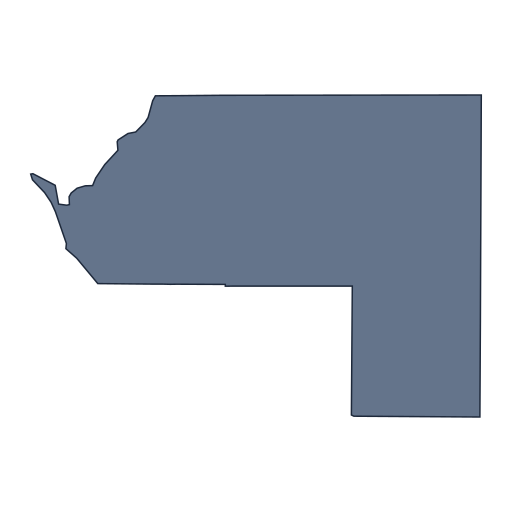 Manatee, Florida, United States of America
{"feature_id": "52423323B9469904891992", "entity_name": "Manatee", "entity_type": "district", "adm_level": 2, "iso_a3": "USA", "parent_name": "United States of America", "parent_adm1": "Florida", "projection": "mercator", "projection_center": [-82.543, 27.427], "detail": "fine", "context": "isolated", "style": "filled", "palette": "slate", "viewbox_px": 512, "rotation_deg": 0, "n_neighbors": 0, "source": "geoboundaries", "source_scale": "gbopen_adm2", "svg_char_len": 720}
<svg xmlns="http://www.w3.org/2000/svg" viewBox="0 0 512 512"><path d="M480.4,321.3L481.3,95.0L221.0,95.3L174.7,95.7L155.4,95.8L152.7,100.7L148.1,117.5L144.9,122.6L135.7,132.0L128.0,133.5L118.1,139.9L117.4,141.4L117.2,141.7L117.9,150.3L104.8,164.5L95.7,178.0L92.6,185.6L85.3,185.8L77.1,188.2L71.2,193.0L69.1,196.7L69.4,204.6L66.8,205.2L58.6,204.1L55.2,185.3L32.9,173.7L30.7,174.1L32.5,179.8L44.6,192.6L51.1,202.3L55.4,211.7L66.4,243.5L65.9,248.7L76.7,258.2L97.8,283.6L152.2,284.1L161.9,284.1L162.4,284.1L170.3,284.3L176.5,284.2L224.1,284.4L225.3,284.4L225.3,286.2L226.1,286.2L227.0,286.2L232.4,286.1L352.3,286.1L351.4,415.0L353.9,416.2L479.9,417.0L480.4,321.3Z" fill="#64748b" stroke="#1e293b" stroke-width="1.5"/></svg>